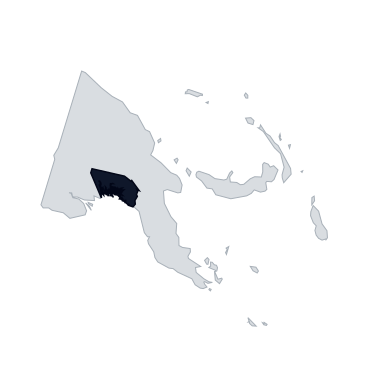 location of Kikori District, Gulf, Papua New Guinea, rotated 17°
{"feature_id": "67681753B67388913989028", "entity_name": "Kikori District", "entity_type": "district", "adm_level": 2, "iso_a3": "PNG", "parent_name": "Papua New Guinea", "parent_adm1": "Gulf", "projection": "robinson", "projection_center": [144.53, -7.347], "detail": "fine", "context": "in_parent", "style": "filled", "palette": "ink", "viewbox_px": 384, "rotation_deg": 17, "n_neighbors": 0, "source": "geoboundaries", "source_scale": "gbopen_adm2", "svg_char_len": 9697}
<svg xmlns="http://www.w3.org/2000/svg" viewBox="0 0 384 384"><g transform="rotate(17 192 192)"><path d="M51.3,248.4L51.2,200.9L49.1,197.3L51.2,188.9L51.1,108.6L55.1,109.0L74.6,118.8L87.7,123.9L99.2,126.2L109.7,134.3L117.5,134.7L129.1,146.0L133.8,146.7L142.0,156.1L142.5,163.8L141.6,168.6L154.0,173.2L166.0,179.7L172.5,180.4L176.1,182.7L180.5,188.2L181.3,195.7L178.7,197.0L167.6,196.9L164.4,199.4L168.9,211.0L179.0,221.7L186.6,226.6L188.8,236.3L192.7,239.3L195.2,247.0L199.1,247.8L206.8,246.6L208.0,249.8L206.9,254.6L208.0,256.6L222.1,260.7L217.4,263.2L219.5,267.7L228.7,271.5L234.5,272.9L237.9,272.5L233.9,274.7L230.3,274.0L229.6,274.7L231.1,276.5L234.1,278.5L230.9,281.1L227.9,281.5L222.1,279.8L217.2,275.0L201.8,272.9L196.4,270.8L192.2,271.5L179.7,268.9L175.7,265.5L172.9,260.4L165.5,254.2L163.8,251.2L164.5,247.2L162.5,247.8L158.3,244.8L147.0,226.0L141.2,223.4L126.9,220.2L124.9,216.5L118.1,215.1L116.7,217.5L111.2,219.2L106.6,217.4L102.0,212.8L107.4,223.2L105.5,223.2L106.4,224.8L105.3,225.0L99.4,224.4L101.2,228.7L91.4,231.1L84.1,230.3L80.6,231.3L79.1,231.2L77.2,228.0L74.6,228.6L76.8,228.7L79.7,232.3L85.8,231.8L91.7,234.6L96.7,240.8L96.5,245.1L82.9,252.9L75.0,249.5L63.5,250.4L59.5,249.1L54.3,250.7L51.3,248.4ZM256.7,143.1L259.5,145.3L262.4,143.0L267.8,145.8L266.8,156.1L265.0,159.0L260.4,160.0L259.8,161.5L262.8,167.6L261.6,169.8L257.5,172.1L250.9,171.8L249.1,176.0L245.4,179.7L231.1,187.1L215.6,187.7L210.4,183.1L205.1,183.9L197.9,178.6L191.9,176.4L190.7,174.3L190.8,171.7L192.5,170.1L203.2,170.4L210.0,172.5L219.0,171.2L221.5,169.6L222.4,162.9L223.9,160.2L225.4,161.5L223.6,166.6L225.7,171.2L232.0,169.8L236.1,170.9L239.3,169.5L243.8,162.4L247.4,159.1L253.9,157.4L253.8,152.1L251.5,144.9L252.4,142.8L256.7,143.1ZM334.9,196.2L334.1,198.5L333.7,197.8L330.4,200.0L326.6,199.3L323.3,196.9L320.8,192.8L320.7,188.0L317.0,185.9L312.3,180.0L311.4,176.0L311.8,169.5L318.7,173.3L325.7,184.5L332.4,189.6L334.9,196.2ZM281.6,146.0L277.0,156.3L274.2,152.1L273.1,149.2L272.8,141.3L265.5,129.5L257.9,125.6L242.5,113.3L236.4,111.3L238.0,110.8L237.9,107.8L245.5,114.2L250.3,115.7L256.5,120.7L260.8,122.4L279.4,140.7L281.6,146.0ZM158.9,94.9L173.4,95.4L173.7,96.7L171.8,96.9L169.3,99.4L160.6,98.7L156.8,100.0L156.5,98.2L157.9,97.7L157.7,95.8L158.9,94.9ZM231.9,253.3L234.6,255.1L236.8,254.9L238.5,256.9L238.8,260.2L237.9,261.0L237.2,260.0L230.2,259.3L231.5,257.4L230.2,253.6L231.9,253.3ZM230.6,109.7L225.4,109.7L221.6,105.7L226.6,103.7L230.4,105.6L230.6,109.7ZM242.3,267.8L245.6,265.7L246.4,266.5L245.1,271.6L240.0,269.4L236.6,261.1L242.3,267.8ZM269.5,246.1L275.1,245.2L277.8,247.4L278.6,248.2L278.0,250.4L273.4,249.5L269.5,246.1ZM282.2,295.8L292.6,301.5L288.7,302.4L285.5,300.9L285.0,299.5L283.7,300.0L284.4,299.0L282.2,295.8ZM184.8,177.7L180.1,173.4L180.4,170.5L185.3,173.1L184.8,177.7ZM228.4,256.5L227.1,256.7L224.0,253.7L225.9,250.3L228.0,251.6L228.4,256.5ZM310.3,169.2L308.3,162.3L310.0,160.2L311.8,164.6L310.3,169.2ZM168.7,169.2L165.5,166.5L167.8,164.0L169.3,165.3L168.7,169.2ZM217.9,85.9L216.1,86.4L213.7,84.1L214.4,81.6L217.1,83.2L217.9,85.9ZM147.4,152.2L145.5,154.7L144.2,152.8L146.3,150.0L147.4,152.2ZM243.1,233.4L243.2,241.7L241.8,240.1L242.5,236.6L241.0,235.7L243.1,233.4ZM98.0,235.6L101.1,239.0L93.5,233.5L98.0,235.6ZM100.7,234.8L96.5,233.4L95.7,232.3L100.6,232.8L100.7,234.8ZM302.5,296.6L302.2,297.8L299.5,298.0L297.6,296.4L299.4,296.7L299.1,295.6L302.5,296.6ZM272.3,117.9L272.5,121.7L270.5,119.0L272.3,117.9ZM262.1,115.8L261.3,116.9L259.4,114.2L259.7,113.6L262.1,115.8ZM238.8,279.5L238.5,281.2L236.7,280.4L236.9,279.3L238.8,279.5ZM260.4,112.9L259.0,113.3L259.2,110.7L260.4,112.9ZM181.2,100.8L181.4,102.7L179.3,102.3L181.2,100.8ZM291.7,139.3L291.5,141.1L290.3,140.5L291.7,139.3Z" fill="#d9dde1" stroke="#a8b0b8" stroke-width="1"/><path d="M122.8,196.6L89.6,199.0L89.6,203.3L107.1,224.2L103.6,215.6L103.5,215.0L103.6,214.6L102.8,214.4L101.5,212.9L101.6,212.1L102.6,212.0L102.5,210.8L101.7,210.7L100.7,208.7L99.3,209.3L99.9,208.7L100.6,208.6L101.4,209.1L102.7,210.8L102.7,212.2L101.6,212.6L104.0,214.2L105.2,217.0L110.0,219.5L108.9,217.9L108.9,217.2L108.5,217.0L108.7,216.4L108.3,216.4L108.2,216.3L108.3,215.9L107.7,216.2L106.5,216.0L106.0,215.5L106.1,215.2L105.9,215.2L105.8,214.9L105.7,214.6L105.4,214.5L105.2,214.1L105.4,214.0L105.3,213.9L105.4,213.7L106.5,215.9L108.3,215.8L111.3,220.0L110.7,215.8L109.1,215.4L109.0,214.7L108.5,214.6L108.2,213.9L108.5,213.4L108.7,213.2L108.1,213.0L107.9,212.6L108.8,213.2L109.2,215.3L110.0,214.8L110.5,214.9L111.4,216.4L111.6,214.7L112.5,216.5L112.6,212.3L113.4,212.5L111.9,209.7L111.5,207.2L112.0,208.6L112.2,208.4L112.5,208.4L112.5,207.9L112.9,207.4L113.6,207.0L114.0,207.1L113.0,207.4L112.5,208.4L112.1,208.6L112.5,210.4L117.3,210.0L118.8,212.3L118.4,211.3L118.4,210.7L119.0,211.1L119.0,211.8L119.3,210.4L120.1,211.7L120.4,210.3L120.7,210.5L120.8,210.6L120.3,211.7L120.6,211.5L120.8,211.6L120.9,212.0L120.8,212.5L121.0,212.4L121.6,212.5L121.1,212.0L121.3,211.5L121.7,212.4L121.5,213.0L122.7,211.6L122.4,211.1L122.7,210.4L122.5,210.2L122.5,210.4L122.4,210.5L122.2,210.5L122.0,209.5L122.3,210.5L122.5,210.0L123.1,209.3L123.4,209.6L123.7,208.8L124.2,208.6L123.5,209.7L122.6,210.1L123.5,211.0L122.8,213.9L122.1,214.4L122.9,215.1L122.7,214.5L123.1,213.5L124.7,213.2L124.5,212.4L125.1,212.1L125.0,211.0L125.1,210.9L125.4,210.9L125.4,210.6L125.2,210.6L125.1,210.4L125.4,210.3L125.9,210.3L125.9,210.0L126.2,209.9L125.9,210.4L125.2,210.4L125.5,210.6L125.5,210.9L124.8,213.3L123.9,214.3L126.5,215.5L124.6,215.7L124.8,218.5L125.4,217.4L125.1,218.5L125.5,218.1L126.2,218.0L127.1,220.4L127.3,218.5L130.6,221.2L130.4,219.6L130.6,219.5L131.1,219.4L131.7,221.4L135.1,223.2L135.6,222.9L135.2,222.7L135.0,222.4L135.1,222.1L135.6,221.6L135.1,222.3L135.7,222.7L135.4,223.3L139.9,223.5L141.3,220.2L139.9,216.8L141.0,212.2L139.6,210.5L139.9,206.9L138.6,205.8L140.9,206.0L131.0,198.6L130.6,199.6L122.8,196.6ZM123.7,213.6L122.7,217.2L123.6,217.7L124.4,215.7L123.6,214.8L123.7,213.6ZM117.4,210.2L116.3,211.5L117.2,211.7L117.3,211.9L117.0,212.7L117.7,212.7L117.6,213.6L118.0,213.0L118.3,212.9L118.5,213.8L118.9,213.0L117.4,210.2ZM114.8,210.5L113.3,210.9L113.8,210.9L114.8,212.1L116.4,211.1L114.8,210.5ZM114.6,212.9L114.1,212.8L114.4,213.1L114.5,213.9L114.4,215.2L115.1,215.6L115.1,216.6L115.7,215.8L114.6,215.0L114.7,214.9L114.9,214.9L114.8,214.7L114.8,214.4L115.9,215.3L114.6,212.9ZM112.3,217.4L111.1,217.4L112.8,218.8L113.3,217.6L112.3,217.4ZM121.0,216.6L120.1,214.5L120.0,215.4L119.4,216.7L121.0,216.6ZM116.2,217.6L116.0,215.9L115.4,216.3L115.7,217.0L115.3,218.2L115.9,219.1L116.6,218.8L116.1,218.3L116.2,217.6ZM108.4,220.9L107.5,219.2L105.7,218.3L106.7,220.0L108.4,220.9ZM117.3,215.0L116.9,215.4L118.8,217.6L117.6,215.7L117.8,214.9L117.3,215.0ZM118.2,213.8L116.8,213.9L117.9,214.0L118.1,216.2L118.2,213.8ZM117.4,219.0L116.3,218.3L118.4,220.2L117.4,219.0ZM113.2,219.1L112.1,220.2L113.6,219.7L113.2,219.1ZM121.6,215.4L122.9,215.5L121.8,214.4L121.6,215.4ZM114.2,215.3L113.8,215.4L114.3,215.8L115.2,217.6L114.2,215.3ZM113.8,215.2L113.5,213.5L113.3,213.2L113.8,215.2ZM114.0,212.1L113.3,211.1L113.6,212.4L114.7,212.4L114.9,212.8L114.5,211.9L114.0,212.1ZM126.0,218.1L125.0,219.0L126.6,220.0L125.9,219.3L126.0,218.1ZM119.8,215.1L118.6,214.4L119.4,216.3L119.8,215.1ZM121.1,214.2L120.4,212.8L120.1,212.8L120.0,213.0L120.0,214.3L121.1,214.2ZM115.9,213.3L115.2,213.0L116.5,214.7L115.9,213.3ZM119.5,212.7L119.0,212.6L119.2,213.1L118.7,214.3L119.5,212.7ZM112.3,217.1L113.4,217.1L113.2,217.0L113.1,216.8L113.0,216.1L113.1,215.6L112.3,217.1ZM114.1,218.2L114.2,216.8L114.1,218.2ZM113.5,213.4L114.3,213.1L113.5,212.6L113.5,213.4ZM120.8,211.7L120.6,211.5L120.4,211.7L120.1,211.7L119.8,211.6L119.7,211.9L119.8,212.0L120.8,211.7ZM116.6,216.6L117.2,217.1L116.1,215.9L116.6,216.6ZM116.6,213.0L116.1,213.2L116.6,214.2L117.0,213.5L116.7,213.2L116.8,212.8L116.6,213.0ZM116.7,211.9L116.2,211.7L116.5,212.2L116.3,212.6L116.1,212.6L116.6,212.9L116.7,211.9ZM119.9,213.8L120.1,213.2L119.9,213.0L120.1,212.6L119.7,212.2L119.9,213.8ZM125.0,219.2L124.2,218.9L125.1,219.7L125.4,219.4L125.0,219.2ZM113.8,216.4L113.2,216.9L113.6,216.9L113.8,216.4ZM122.5,212.7L121.7,213.0L121.9,214.4L122.1,213.4L122.5,213.2L122.3,213.2L122.2,213.1L122.4,212.8L122.5,212.7ZM121.4,213.1L120.5,212.8L121.2,213.5L121.4,213.1ZM105.6,220.2L106.3,220.8L105.7,219.6L105.6,220.2ZM113.2,215.5L113.7,215.0L113.1,214.4L113.4,215.2L113.2,215.5ZM116.3,214.8L116.0,215.7L116.6,215.8L116.3,214.8ZM117.6,213.7L116.9,212.7L116.7,213.2L117.6,213.7ZM119.9,214.4L119.6,213.7L119.1,214.5L119.9,214.4ZM115.5,212.2L115.0,212.1L115.0,212.8L115.5,212.7L115.5,212.2ZM121.7,213.6L121.5,213.2L121.3,213.5L121.0,213.6L121.7,213.6ZM130.9,221.2L131.4,221.2L131.0,220.2L130.9,221.2ZM121.0,214.9L121.6,214.6L121.0,214.3L121.0,214.9ZM113.6,215.6L114.2,215.9L113.7,215.5L113.6,215.6ZM115.3,219.2L116.4,219.5L115.6,219.0L115.3,218.4L115.3,219.2ZM103.6,215.2L104.1,215.2L103.8,214.7L103.6,215.2ZM116.0,212.6L115.5,212.6L116.1,213.1L116.3,212.9L116.0,212.6ZM122.6,213.9L122.6,212.6L122.3,213.1L122.5,213.2L122.3,213.6L122.6,213.9ZM118.8,212.6L119.5,212.2L118.9,211.8L118.8,212.6ZM115.8,212.0L116.4,212.1L116.0,211.5L115.8,212.0ZM120.7,216.8L121.3,216.8L121.1,215.9L121.1,216.5L120.7,216.8ZM119.6,212.2L119.8,212.0L119.7,211.9L119.7,211.3L119.6,212.2ZM119.6,214.7L120.1,214.7L119.9,214.4L119.6,214.7ZM113.0,215.1L113.3,215.1L112.7,214.6L113.0,215.1ZM127.7,220.7L127.8,220.2L127.7,220.7ZM118.7,211.8L119.0,211.3L118.6,211.5L118.7,211.8ZM119.1,211.8L119.4,211.7L119.2,211.6L119.1,211.8ZM114.5,212.8L114.8,212.7L114.5,212.5L114.5,212.8ZM120.6,210.8L120.4,210.6L120.6,210.9L120.6,210.8ZM113.2,211.7L113.4,211.7L113.2,211.7ZM110.3,215.2L110.2,214.9L110.3,215.2ZM128.1,220.7L128.4,220.7L128.1,220.5L128.1,220.7Z" fill="#0f172a" stroke="#020617" stroke-width="1.5"/></g></svg>